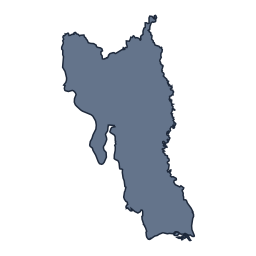 Thaton, Mon, Myanmar (Albers equal-area conic projection)
{"feature_id": "60261553B13890911859525", "entity_name": "Thaton", "entity_type": "district", "adm_level": 2, "iso_a3": "MMR", "parent_name": "Myanmar", "parent_adm1": "Mon", "projection": "albers", "projection_center": [97.318, 17.108], "detail": "fine", "context": "isolated", "style": "filled", "palette": "slate", "viewbox_px": 256, "rotation_deg": 0, "n_neighbors": 0, "source": "geoboundaries", "source_scale": "gbopen_adm2", "svg_char_len": 5850}
<svg xmlns="http://www.w3.org/2000/svg" viewBox="0 0 256 256"><path d="M63.7,85.1L65.0,85.5L64.3,88.3L64.8,90.2L65.4,90.7L68.4,91.5L72.3,90.4L73.5,90.8L75.3,92.6L76.1,94.6L74.5,98.6L74.3,102.1L75.3,104.7L76.6,106.2L80.6,109.9L82.4,111.1L91.3,114.8L92.9,116.2L95.1,120.0L95.7,121.4L96.3,125.1L95.9,129.1L93.1,134.7L91.9,138.6L90.3,141.5L89.7,145.1L90.2,146.4L92.4,148.1L93.0,150.4L95.7,155.1L98.3,161.8L99.5,163.7L101.6,164.3L102.9,163.8L104.2,162.2L106.4,157.2L106.1,152.4L104.0,150.0L103.4,147.8L103.6,146.3L104.9,144.4L106.7,139.7L106.6,138.0L105.5,134.7L105.7,133.7L107.6,130.9L108.1,126.3L108.5,125.8L108.3,125.2L109.4,125.0L114.0,125.5L113.9,125.7L114.8,126.7L111.8,127.4L110.9,128.7L109.9,131.8L110.4,132.5L114.3,135.0L115.2,136.7L115.2,140.5L115.7,141.3L115.3,142.0L115.8,144.1L114.7,145.3L115.3,146.9L115.2,150.5L114.3,155.0L114.2,158.6L115.3,159.5L117.9,160.7L118.5,161.7L119.1,163.3L119.6,168.3L120.0,169.0L121.4,169.0L122.5,169.5L122.3,172.5L123.1,178.0L124.2,180.8L124.9,186.6L125.9,187.2L125.0,191.1L124.5,191.9L123.7,197.1L124.4,199.2L125.9,201.4L127.0,201.9L127.5,203.0L127.3,204.2L127.6,204.4L126.4,205.6L125.9,207.0L126.1,207.5L127.4,207.9L126.9,208.4L127.9,208.3L130.4,210.8L131.9,210.9L132.2,210.5L131.4,209.6L131.2,208.5L134.8,211.5L137.9,213.0L140.2,211.7L141.1,210.0L142.3,210.3L142.7,211.5L142.7,215.7L141.9,216.4L142.1,219.3L143.6,223.9L143.4,224.5L144.6,225.5L144.6,226.2L145.5,227.7L146.7,231.3L146.0,232.2L146.4,235.9L146.9,237.4L148.3,239.2L149.5,239.4L150.2,238.5L150.5,239.0L154.7,236.1L157.4,235.4L159.0,234.3L162.9,232.7L167.4,233.8L169.4,233.4L172.6,233.7L173.8,233.2L175.2,231.8L176.7,231.7L178.0,232.0L180.9,234.2L183.8,234.1L184.7,233.5L185.4,233.5L188.9,235.3L190.2,234.9L192.3,236.4L193.9,236.5L194.3,236.1L194.2,235.3L191.9,229.6L191.6,225.8L192.7,218.5L193.6,216.4L193.5,214.2L192.4,212.2L193.0,212.0L191.1,208.2L187.4,203.1L186.5,200.7L185.8,199.9L183.7,199.7L183.6,196.9L183.1,195.4L183.2,193.1L182.2,190.9L182.2,190.0L183.1,189.5L183.8,187.9L180.9,185.8L179.8,186.9L175.3,184.7L173.7,182.1L174.3,180.4L176.1,180.0L176.4,179.3L176.2,178.4L173.2,176.7L171.5,176.9L170.4,175.9L171.0,174.7L169.7,172.7L170.6,171.5L170.9,170.0L170.2,170.0L168.4,171.9L167.8,171.9L167.3,170.6L168.5,169.1L169.1,165.0L168.9,164.2L167.8,163.8L167.3,162.7L167.5,161.9L168.9,161.1L169.2,160.3L169.0,159.2L168.6,158.4L167.5,158.0L167.4,155.8L165.1,155.0L164.8,153.6L163.2,152.4L163.0,151.5L164.4,151.1L162.3,149.4L162.3,149.0L162.8,148.7L164.6,148.6L165.3,147.0L166.9,147.2L166.7,146.3L166.2,146.0L163.7,146.0L163.4,145.4L163.7,144.8L165.4,144.5L165.0,143.6L163.9,143.6L162.7,143.0L162.8,141.6L163.8,141.4L165.6,143.3L167.2,142.6L167.9,142.2L168.0,141.7L167.2,139.8L167.5,139.4L168.4,139.7L168.7,140.6L169.9,138.0L168.9,137.0L168.8,135.7L167.5,135.4L166.9,134.8L166.7,133.4L167.3,131.8L168.0,131.4L167.7,133.3L168.4,133.8L169.5,131.5L170.5,130.6L170.1,128.8L171.3,126.7L172.7,127.0L173.2,128.3L174.2,128.0L174.5,127.4L172.9,125.4L173.2,125.0L174.1,125.1L174.8,125.8L175.8,123.9L175.4,123.1L174.0,122.9L174.3,122.3L173.1,120.4L174.0,119.3L173.1,118.3L173.6,117.4L172.3,116.9L172.3,115.4L171.6,114.8L172.4,113.9L171.1,113.2L172.2,110.9L172.3,109.3L174.2,110.1L174.7,110.1L174.7,109.6L173.5,108.9L172.8,108.1L173.0,106.6L171.7,105.4L171.7,104.9L172.9,104.3L172.3,104.2L171.4,103.1L171.6,101.0L171.1,101.4L171.1,100.9L170.5,100.9L171.1,99.9L170.9,99.4L170.0,99.4L169.5,99.9L169.2,99.2L169.7,98.0L169.6,96.4L171.4,95.7L172.1,94.8L173.0,94.9L173.0,93.0L173.6,92.0L173.3,91.2L172.6,90.8L172.6,90.2L170.9,89.9L170.4,89.0L172.1,87.9L171.8,86.0L171.2,86.7L170.6,86.6L169.7,84.9L169.0,84.4L168.9,84.8L168.6,84.0L168.4,84.5L167.5,82.7L168.5,81.3L166.9,80.5L166.9,79.4L163.3,76.0L164.0,74.9L163.9,73.8L163.6,73.1L162.3,72.1L161.9,71.2L162.3,70.7L161.8,70.0L162.7,67.2L162.5,66.4L163.1,66.0L162.7,65.3L161.2,64.6L161.2,64.1L160.5,63.6L160.6,62.4L159.8,61.1L159.8,60.2L161.3,57.2L160.8,56.1L161.0,53.2L162.0,51.9L162.3,49.6L161.4,48.3L161.7,47.7L161.4,47.3L160.0,47.6L159.0,46.3L155.1,45.1L154.1,42.6L153.3,42.3L153.2,40.8L151.6,39.2L152.0,35.7L151.5,35.0L150.8,34.8L150.8,32.9L149.3,31.8L149.4,31.4L148.2,30.3L149.7,29.5L149.9,26.5L151.2,22.8L152.6,21.9L153.3,22.2L155.1,21.8L155.7,21.1L155.7,19.1L156.6,17.7L155.8,15.7L155.5,15.4L154.5,15.7L154.1,16.7L155.0,18.4L154.8,19.0L154.0,18.7L152.0,16.4L149.8,16.1L149.0,17.9L149.1,23.2L147.8,23.6L146.5,22.8L145.2,22.8L145.2,27.4L144.0,28.1L143.0,31.2L143.0,34.4L141.1,35.8L140.6,36.9L140.9,39.3L140.5,40.1L139.9,39.9L139.5,38.9L138.5,38.2L136.8,37.6L135.3,37.9L134.0,36.1L133.3,35.8L132.2,37.5L130.8,37.2L130.2,39.5L129.2,41.2L126.3,40.9L126.4,44.0L127.2,46.1L126.9,47.5L125.4,47.5L124.5,48.6L123.3,47.7L123.0,48.6L123.8,48.7L124.4,49.4L121.9,49.7L115.8,53.4L115.2,53.5L114.1,52.7L113.0,52.7L110.0,53.6L108.5,55.2L108.6,55.7L107.5,57.8L106.5,57.7L105.7,58.6L105.0,58.5L104.0,59.1L102.4,58.8L102.1,55.8L101.0,54.3L100.9,51.9L102.5,50.8L101.9,48.8L100.5,47.9L97.3,47.3L96.3,46.2L96.2,45.2L93.7,43.6L90.7,43.4L88.3,42.7L87.2,40.1L86.5,39.5L85.5,37.6L84.5,37.0L83.9,35.0L80.5,35.3L79.6,35.8L78.1,34.3L76.7,33.9L75.9,33.3L75.8,32.6L75.2,32.4L74.3,32.7L73.9,33.2L74.1,34.8L73.4,33.7L72.8,34.3L71.3,34.6L70.5,35.3L69.0,35.5L68.7,34.0L68.0,33.1L65.9,34.2L65.2,33.9L65.2,34.9L64.5,35.7L63.5,35.7L63.1,36.4L62.9,37.2L63.7,39.2L62.7,40.8L63.3,42.3L63.3,43.5L61.7,47.2L61.7,49.1L62.8,50.3L62.7,54.6L63.5,56.6L62.6,67.3L65.1,71.5L66.6,77.9L66.5,80.3L65.8,82.4L63.7,85.1ZM188.8,236.8L186.6,234.9L184.7,235.0L182.2,236.1L184.6,238.3L186.1,237.4L185.2,236.4L185.8,236.3L187.1,237.4L189.4,240.4L190.0,240.6L190.8,240.3L189.6,238.6L188.8,236.8ZM177.0,235.7L179.4,233.8L178.5,232.6L176.8,232.0L175.9,232.3L173.9,234.8L174.9,235.5L177.0,235.7ZM178.9,237.0L177.2,237.5L179.0,238.4L180.4,238.2L181.4,238.8L181.8,239.8L182.9,239.4L183.0,238.2L181.5,237.2L178.9,237.0Z" fill="#64748b" stroke="#1e293b" stroke-width="1.5"/></svg>